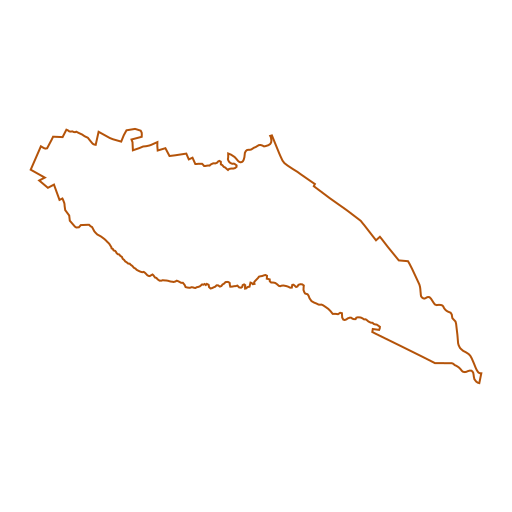 Langata, Nairobi, Kenya (Robinson projection)
{"feature_id": "3690345B52672237617144", "entity_name": "Langata", "entity_type": "district", "adm_level": 2, "iso_a3": "KEN", "parent_name": "Kenya", "parent_adm1": "Nairobi", "projection": "robinson", "projection_center": [36.812, -1.368], "detail": "fine", "context": "isolated", "style": "outline", "palette": "amber", "viewbox_px": 512, "rotation_deg": 0, "n_neighbors": 0, "source": "geoboundaries", "source_scale": "gbopen_adm2", "svg_char_len": 5876}
<svg xmlns="http://www.w3.org/2000/svg" viewBox="0 0 512 512"><path d="M53.1,136.7L51.6,139.8L47.1,148.3L45.4,148.6L43.9,148.1L40.9,146.3L34.5,161.0L30.7,169.7L44.8,177.6L39.2,180.5L47.9,187.8L54.0,184.6L54.6,186.4L59.5,199.9L62.4,198.5L63.0,199.7L64.2,202.8L64.5,204.1L64.6,205.8L65.2,210.1L69.2,215.5L69.6,218.9L69.8,220.7L75.0,226.7L76.3,227.5L78.9,227.3L80.8,225.1L87.5,224.8L89.1,224.8L90.5,226.2L92.1,227.1L93.1,229.0L94.3,231.3L95.6,232.8L97.3,234.5L99.2,235.5L101.0,236.5L102.9,237.9L104.5,239.1L106.0,240.5L107.2,241.8L108.5,243.0L109.4,244.0L110.3,245.5L111.3,247.1L111.6,248.4L112.8,248.9L113.6,250.4L115.2,250.9L116.0,251.9L116.6,253.1L117.8,254.2L119.3,254.5L120.2,255.8L121.9,256.9L122.7,258.8L124.2,260.0L125.2,261.4L126.7,262.3L128.2,263.6L129.7,263.7L130.7,264.8L132.3,265.9L133.9,267.8L135.5,268.6L136.6,269.8L138.5,270.8L140.0,271.5L141.4,272.0L142.6,272.2L143.7,271.9L145.0,272.8L145.9,273.7L147.3,275.2L148.5,275.9L149.7,276.1L151.2,275.2L152.5,274.5L153.4,275.3L155.1,277.6L156.4,277.9L157.6,279.3L159.6,280.7L161.4,280.7L162.7,280.2L164.3,280.4L166.2,280.5L168.1,280.8L169.7,281.3L171.0,281.6L172.2,281.7L173.5,282.0L175.4,281.5L176.7,280.7L177.9,281.1L179.3,281.8L181.1,282.8L182.9,282.8L184.6,284.9L185.6,287.1L187.7,287.6L189.9,287.8L191.6,287.2L193.0,287.4L194.1,287.8L195.4,288.0L196.8,287.2L198.4,286.9L199.9,286.3L201.2,285.2L202.1,284.4L203.4,284.7L204.6,284.0L205.8,285.0L206.8,283.9L208.6,284.8L209.1,287.2L210.6,288.5L212.1,288.1L213.7,287.3L215.2,286.7L216.6,285.3L218.0,285.3L219.9,286.6L221.4,286.0L222.5,284.5L224.1,283.6L225.5,282.1L227.3,281.9L228.5,282.1L229.7,283.0L229.8,284.8L230.3,286.7L232.2,286.6L234.1,286.2L235.7,286.1L237.4,285.6L239.1,287.4L241.0,287.7L242.2,286.9L242.7,285.1L244.1,284.4L245.2,285.2L245.0,286.7L245.1,288.6L246.4,288.3L247.3,287.1L249.5,286.7L250.5,282.6L251.7,283.0L252.8,284.2L254.5,283.9L254.1,282.3L254.9,281.2L258.1,277.9L258.9,276.7L260.3,276.3L262.2,276.0L264.1,275.3L265.5,275.0L267.0,275.8L266.8,278.7L268.2,279.0L269.7,279.4L269.8,281.3L271.1,282.5L273.7,282.6L275.3,283.0L276.9,284.1L278.9,285.9L280.2,286.2L281.5,285.7L283.4,285.5L286.4,286.1L288.2,286.7L290.2,287.7L291.8,287.6L292.0,286.3L292.3,284.9L293.5,284.7L294.7,285.7L296.1,287.0L297.4,286.5L298.5,284.8L300.5,284.2L302.3,284.4L303.8,285.5L303.6,287.5L303.5,290.0L304.3,292.2L305.1,293.5L306.3,293.9L307.5,294.2L308.5,295.6L309.6,298.4L311.5,301.1L314.1,302.6L316.4,303.5L318.6,304.6L320.1,304.7L321.5,304.6L323.1,305.3L324.6,306.3L326.2,307.4L328.3,308.9L330.5,311.1L332.7,313.9L334.3,313.9L336.0,313.9L338.0,314.2L340.2,312.8L341.9,313.2L342.0,314.8L342.2,317.6L343.3,319.6L344.7,320.0L346.4,319.4L347.7,318.4L350.0,317.6L351.4,317.8L352.4,318.7L353.8,319.1L355.6,319.1L356.3,317.7L357.8,317.3L360.0,317.4L361.2,317.7L362.6,318.4L364.1,319.4L365.6,319.3L366.7,320.0L368.3,321.4L369.4,322.0L370.9,322.7L372.6,322.8L373.6,323.9L375.1,324.4L376.7,324.6L378.2,325.6L379.9,326.8L379.7,328.5L379.1,329.9L372.8,329.0L372.3,332.0L376.0,333.9L401.1,346.2L422.7,356.9L434.9,363.1L448.6,363.2L451.8,363.2L453.3,363.8L454.7,365.1L456.1,365.7L457.6,366.6L458.9,367.5L460.4,369.0L462.1,371.1L463.1,371.8L464.8,372.1L466.4,371.8L467.7,371.2L469.7,370.6L471.5,370.7L472.4,371.5L473.2,372.7L473.6,374.8L473.8,376.5L474.4,379.2L476.2,381.6L477.8,382.7L479.3,383.1L481.3,373.3L479.7,373.2L478.4,372.5L477.4,371.1L476.5,369.6L475.5,367.4L474.0,363.6L471.7,358.3L470.3,355.8L468.7,354.1L467.2,353.1L465.6,352.1L463.2,350.9L460.9,348.9L459.9,347.8L458.6,345.1L458.1,343.2L457.8,339.7L457.6,337.2L457.4,334.9L456.1,323.8L455.5,321.5L453.6,319.5L452.4,318.2L452.0,316.2L451.8,314.6L450.6,312.7L449.1,312.1L447.9,311.6L446.7,310.9L445.7,310.1L444.7,309.0L443.8,307.7L443.3,306.5L442.4,305.5L441.0,305.0L439.7,304.9L438.3,304.9L436.5,305.1L434.8,304.4L433.5,302.6L431.0,298.7L429.5,297.2L428.1,297.0L426.8,297.4L425.5,298.2L424.2,298.6L423.0,298.2L421.9,297.4L421.1,296.3L420.8,294.7L420.7,293.3L420.5,291.3L420.3,288.9L420.0,286.8L419.4,284.6L418.3,282.2L412.1,268.9L409.5,263.8L408.0,261.2L398.8,260.4L390.9,250.7L387.8,246.9L381.4,238.6L379.9,236.8L376.0,240.3L371.8,234.9L364.2,225.1L363.0,223.7L362.2,222.7L360.8,220.9L359.0,219.5L346.9,210.3L329.5,198.0L313.8,186.2L314.9,184.0L312.9,182.7L311.3,181.6L300.2,173.9L297.5,171.9L292.8,169.0L287.5,165.5L284.4,163.1L282.5,160.6L280.4,156.1L279.1,153.1L271.9,135.4L270.2,135.9L270.9,137.3L271.4,140.6L271.1,142.5L270.2,144.0L268.4,145.2L265.6,146.1L264.0,146.4L262.3,145.5L260.5,145.0L258.9,145.1L257.2,146.1L255.8,147.0L253.8,147.8L252.5,148.7L251.2,149.5L249.8,149.8L248.2,149.8L246.9,150.1L245.8,151.1L244.9,152.8L244.4,157.2L243.7,159.7L242.9,161.2L241.9,162.0L240.5,162.3L239.3,161.9L238.2,161.1L236.1,158.6L234.6,157.0L231.1,154.7L228.2,153.5L228.2,155.2L228.2,157.3L227.9,159.1L228.3,160.4L229.0,161.7L230.4,163.0L232.3,163.8L233.9,163.6L235.0,164.2L236.6,165.4L236.5,166.9L235.0,168.1L233.1,168.6L231.8,168.5L230.3,168.7L229.0,169.0L228.0,170.0L226.6,168.8L225.2,167.5L223.8,166.9L222.3,165.1L220.9,164.4L220.8,161.7L219.3,160.9L218.1,161.5L217.1,162.7L215.4,163.4L213.3,163.3L211.7,164.0L210.6,164.6L209.6,165.6L208.1,165.5L206.8,165.7L205.3,166.0L204.1,166.0L203.3,165.0L202.1,163.8L200.5,163.8L198.3,163.8L196.5,164.0L195.3,164.0L192.5,157.7L188.8,159.4L186.3,153.6L175.2,155.3L169.5,156.0L165.4,148.2L157.7,150.5L157.3,146.0L157.4,142.1L151.1,144.9L149.4,145.5L146.2,146.2L143.1,146.5L139.3,148.1L132.9,150.3L132.5,142.2L131.5,139.5L141.7,136.8L141.8,134.4L141.7,132.7L140.7,130.7L137.1,129.5L135.0,128.9L126.5,130.3L123.8,135.2L121.2,141.6L119.4,141.1L114.5,139.7L112.8,139.2L109.8,138.0L98.6,131.8L95.7,144.8L94.1,144.5L92.8,143.8L91.8,142.7L89.6,140.0L87.9,137.8L86.7,137.2L85.3,136.6L83.8,135.7L82.1,134.5L80.3,133.7L78.2,132.7L76.3,131.7L75.1,132.2L73.7,132.0L72.4,131.4L70.3,131.6L69.1,131.3L68.0,130.4L66.4,129.7L62.6,137.1L53.1,136.7Z" fill="none" stroke="#b45309" stroke-width="2"/></svg>